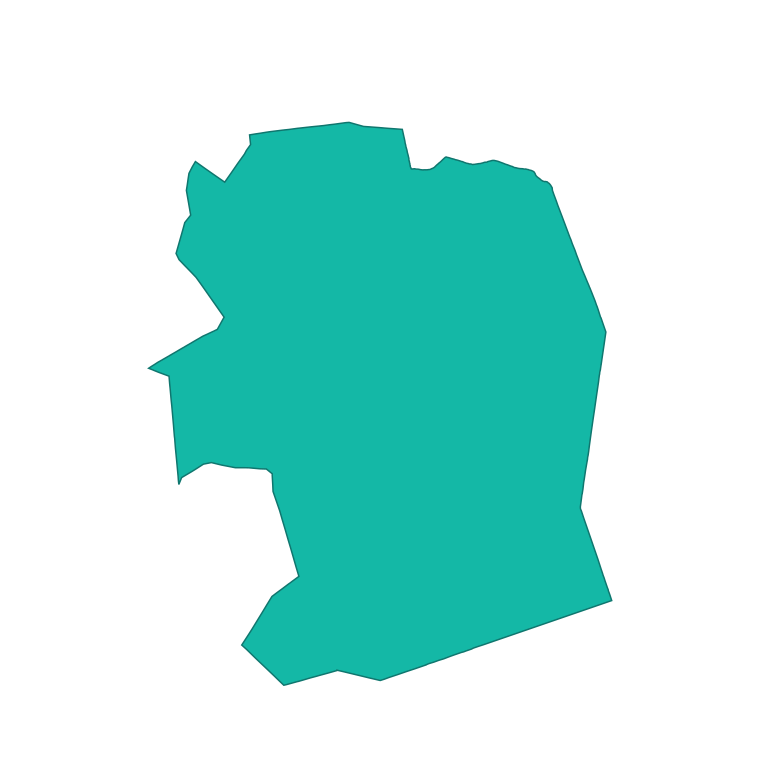 outline of Linguere, Louga, Senegal, rotated 161°
{"feature_id": "50182788B14678638932037", "entity_name": "Linguere", "entity_type": "district", "adm_level": 2, "iso_a3": "SEN", "parent_name": "Senegal", "parent_adm1": "Louga", "projection": "natural_earth1", "projection_center": [-15.296, 15.307], "detail": "fine", "context": "isolated", "style": "filled", "palette": "teal", "viewbox_px": 768, "rotation_deg": 161, "n_neighbors": 0, "source": "geoboundaries", "source_scale": "gbopen_adm2", "svg_char_len": 5739}
<svg xmlns="http://www.w3.org/2000/svg" viewBox="0 0 768 768"><g transform="rotate(161 384 384)"><path d="M239.0,134.5L239.0,137.8L238.9,142.9L238.8,148.7L238.8,159.8L238.8,170.7L238.8,181.6L238.8,192.6L238.7,199.6L238.8,200.9L238.9,202.0L238.8,202.3L238.4,203.8L234.8,211.0L233.0,214.7L232.9,214.9L232.3,215.7L231.8,216.7L230.1,219.9L227.2,226.0L225.6,228.9L221.3,237.2L217.4,244.3L216.2,246.4L215.3,248.4L214.2,250.2L212.6,253.3L209.5,259.6L203.8,270.9L198.0,282.2L192.6,292.6L192.4,293.0L192.2,293.4L186.4,304.7L180.6,315.9L177.6,322.1L176.9,323.2L176.1,325.0L174.7,327.1L174.6,327.4L172.6,331.3L172.5,331.6L172.4,331.6L168.9,338.4L163.1,349.6L157.3,360.9L157.3,365.9L157.3,370.9L157.3,375.9L157.5,376.8L157.3,384.6L157.3,388.1L157.4,389.2L157.4,392.3L157.4,393.9L157.6,398.3L157.8,402.9L158.1,408.4L158.2,408.7L158.2,409.3L158.2,410.1L158.5,414.1L158.9,420.7L159.4,427.3L159.5,430.9L159.7,437.7L159.7,438.2L159.9,443.6L159.9,448.2L160.3,455.4L160.3,459.4L160.5,462.2L160.7,469.6L160.9,477.1L161.1,484.5L161.3,490.6L161.5,496.5L161.5,500.5L161.6,504.5L161.7,508.5L161.7,512.3L161.1,514.8L161.7,517.7L162.5,519.9L163.1,520.5L163.8,521.9L165.4,522.9L166.4,523.1L166.9,523.6L167.8,524.1L168.4,524.9L169.1,525.8L169.6,526.8L170.2,527.8L170.8,528.5L171.3,529.3L171.8,530.1L172.3,531.2L172.6,532.0L172.6,533.4L172.8,534.5L173.0,535.5L173.6,536.4L174.5,537.3L175.4,538.1L176.8,538.9L177.7,539.7L177.8,539.8L178.8,540.3L179.9,541.1L181.3,541.5L182.8,542.4L185.5,543.5L187.0,544.3L189.0,545.6L190.2,546.2L192.0,548.0L193.1,548.7L195.8,551.0L197.5,552.2L199.3,553.8L202.0,556.0L203.8,557.5L206.2,559.0L206.9,559.4L207.0,559.5L208.3,560.0L209.0,560.1L209.6,560.2L210.5,560.2L211.0,560.3L211.7,560.3L212.5,560.4L213.2,560.5L214.4,560.3L215.2,560.4L216.2,560.8L217.0,560.9L217.9,560.9L218.9,560.9L219.8,561.0L220.8,561.1L221.3,561.1L222.5,561.5L223.3,561.6L224.4,561.8L225.5,562.0L226.8,562.2L227.7,562.5L228.5,562.5L229.2,563.0L229.7,563.4L230.8,564.0L231.6,564.2L232.2,564.8L233.2,565.4L234.0,565.8L235.0,566.6L236.5,567.8L237.2,568.6L238.2,569.1L239.3,570.0L239.7,570.3L240.9,571.2L242.2,572.1L243.4,572.8L244.6,573.8L245.7,574.5L246.9,575.3L248.2,576.3L249.2,577.0L250.7,577.9L251.3,578.4L252.2,578.4L252.9,578.1L253.7,577.8L254.3,577.5L255.5,577.0L256.7,576.4L258.0,575.8L259.2,575.3L260.2,575.0L261.1,574.6L261.7,574.3L262.6,574.0L263.5,573.6L264.3,573.2L264.6,573.1L265.1,572.8L265.8,572.5L266.5,572.3L267.1,572.2L267.8,572.1L268.8,572.1L269.5,572.0L270.2,571.9L270.9,571.9L271.5,572.1L272.5,572.3L273.5,572.5L274.5,572.8L275.4,573.1L276.1,573.4L276.8,573.6L277.0,573.6L277.4,573.7L278.3,574.1L279.3,574.6L280.1,575.0L281.0,575.6L282.2,576.2L283.6,576.7L285.1,577.6L285.9,577.8L286.9,578.0L287.8,578.3L288.2,578.7L288.2,579.6L288.4,580.9L288.1,581.8L288.1,582.9L287.8,583.9L287.8,584.9L287.6,585.9L287.5,587.8L287.0,589.3L286.9,590.8L286.7,592.6L286.6,594.3L286.5,595.6L286.2,597.4L286.1,599.0L286.0,601.4L285.7,602.9L285.6,604.8L285.2,606.8L284.9,609.1L284.8,610.2L284.8,610.3L283.8,618.8L291.5,622.1L298.5,625.1L305.5,628.2L312.5,631.2L319.5,634.2L325.6,638.4L331.8,642.7L334.8,643.5L340.3,644.6L345.9,645.7L351.4,646.9L356.9,648.0L361.2,649.0L365.4,650.0L369.7,651.0L374.1,652.0L378.6,653.0L383.0,654.0L390.5,655.5L396.6,656.9L402.7,658.2L408.8,659.5L411.9,660.1L414.1,660.5L419.4,661.4L424.7,662.4L430.0,663.3L432.2,653.8L438.1,649.6L441.1,646.8L450.3,640.3L459.5,633.5L468.9,626.7L476.1,636.5L483.0,646.0L489.9,655.7L494.5,651.8L499.8,646.7L502.5,641.6L505.1,636.5L507.8,631.4L508.8,625.2L509.8,619.0L510.8,612.8L511.8,606.6L519.8,601.5L524.3,594.9L528.9,588.3L533.5,581.7L538.1,575.1L537.3,568.3L533.9,560.9L530.4,553.5L527.0,546.1L524.2,536.8L521.5,527.4L518.8,518.0L516.1,508.6L513.4,499.2L514.4,498.4L523.8,489.9L529.1,489.3L534.4,488.7L539.7,488.2L548.3,486.5L556.8,484.8L565.4,483.1L573.9,481.4L582.5,479.7L591.0,478.1L594.5,477.2L598.0,476.4L601.4,475.5L593.5,468.6L584.7,461.4L586.6,454.0L587.6,449.7L590.5,438.0L591.8,432.3L593.3,426.3L596.2,414.6L599.2,402.9L599.7,400.4L600.4,397.8L602.1,391.2L604.9,379.5L607.7,368.0L608.7,363.9L609.8,359.8L610.7,355.8L605.8,361.4L600.5,362.5L595.1,363.6L589.8,364.8L580.8,367.0L572.8,365.9L563.9,360.2L555.9,355.6L551.9,353.3L547.6,351.8L543.2,350.3L538.9,348.7L528.9,344.2L522.9,341.9L518.9,335.5L519.4,334.1L520.6,329.9L522.2,324.2L523.9,318.5L523.9,311.7L523.9,304.9L523.9,298.0L524.4,288.3L524.8,278.5L525.3,268.8L525.7,259.1L526.2,249.3L526.7,239.6L527.1,229.8L533.5,227.8L539.9,225.8L546.3,223.7L552.7,221.7L559.1,219.6L566.5,213.5L573.8,207.4L581.2,201.3L588.6,195.2L593.5,191.3L598.5,187.4L603.5,183.5L600.3,177.7L594.6,166.3L588.6,154.8L582.7,143.4L579.9,137.8L576.8,131.8L573.9,131.5L567.4,131.1L562.6,130.8L562.1,130.7L558.4,130.5L549.3,130.1L543.7,129.7L542.4,129.6L542.1,129.6L540.1,129.5L530.9,128.9L521.9,128.4L521.7,128.8L518.9,127.0L516.8,125.7L512.4,122.9L503.0,116.9L493.8,111.0L484.1,104.9L480.2,104.8L479.0,104.8L475.1,104.9L465.8,104.8L456.4,104.8L447.2,104.7L443.5,104.7L439.8,104.7L436.1,104.7L435.8,104.7L435.8,104.8L432.6,105.0L427.4,104.8L422.1,104.9L417.0,104.7L411.6,104.9L406.5,105.0L401.3,105.0L398.1,105.0L395.9,104.8L393.6,104.9L390.8,104.9L387.9,104.9L387.4,104.9L385.5,105.2L381.5,105.2L381.2,105.2L380.3,105.2L375.0,105.1L369.8,105.1L364.5,105.1L359.3,105.1L354.1,105.1L348.8,105.1L343.6,105.1L338.3,105.1L333.1,105.1L327.9,105.1L322.6,105.1L317.4,105.1L312.2,105.1L306.9,105.1L301.7,105.1L296.4,105.1L291.2,105.1L287.6,105.1L287.1,105.1L280.7,105.1L275.5,105.1L270.2,105.1L265.0,105.1L259.8,105.1L254.5,105.1L249.3,105.1L244.1,105.1L239.2,105.1L239.2,105.6L239.1,110.3L239.1,113.2L239.2,115.1L239.0,116.7L239.1,118.6L239.1,120.4L239.1,122.4L239.1,126.2L239.0,128.8L239.1,131.9L239.0,134.5Z" fill="#14b8a6" stroke="#0f766e" stroke-width="1.5"/></g></svg>